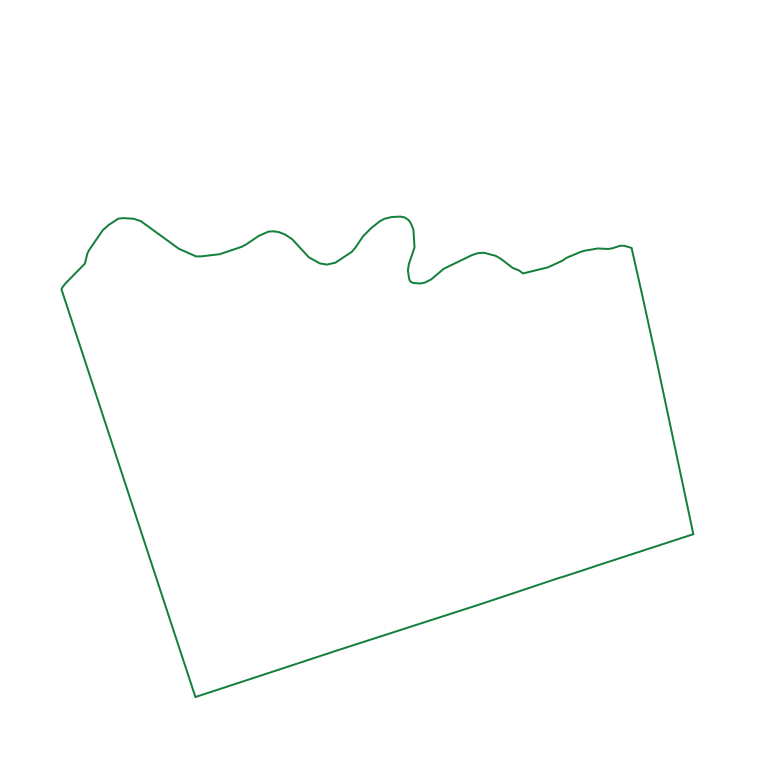 Marshall, West Virginia, United States of America (Albers equal-area conic projection), rotated 72°
{"feature_id": "52423323B69040166298082", "entity_name": "Marshall", "entity_type": "district", "adm_level": 2, "iso_a3": "USA", "parent_name": "United States of America", "parent_adm1": "West Virginia", "projection": "albers", "projection_center": [-80.751, 39.877], "detail": "fine", "context": "isolated", "style": "outline", "palette": "green", "viewbox_px": 768, "rotation_deg": 72, "n_neighbors": 0, "source": "geoboundaries", "source_scale": "gbopen_adm2", "svg_char_len": 1197}
<svg xmlns="http://www.w3.org/2000/svg" viewBox="0 0 768 768"><g transform="rotate(72 384 384)"><path d="M211.1,432.1L207.0,437.1L204.5,442.3L203.4,446.9L204.4,457.3L208.7,472.1L209.5,476.5L209.8,500.1L206.0,519.0L204.5,523.4L191.9,537.4L154.0,564.9L149.5,571.0L145.7,580.6L144.6,585.6L147.8,597.0L150.8,603.9L165.3,622.8L168.0,625.6L177.1,631.3L190.0,656.0L192.8,660.2L194.3,661.5L623.4,660.1L623.1,555.6L622.9,509.5L623.2,359.0L622.5,277.3L622.7,273.3L622.6,242.3L622.5,237.4L622.5,232.5L622.5,232.1L622.5,230.4L622.4,136.2L441.7,117.1L418.1,114.8L384.0,111.4L331.1,106.5L326.9,112.6L325.5,116.7L325.5,124.9L324.9,128.9L321.2,138.7L319.3,151.6L319.1,155.7L320.4,171.3L321.9,176.5L323.7,192.2L321.8,217.6L317.6,220.6L313.4,225.7L301.3,234.0L296.7,238.1L290.1,248.3L288.6,254.1L288.6,260.6L292.9,291.6L299.1,306.8L300.2,313.9L299.6,318.6L297.0,324.8L295.7,326.5L293.8,327.5L291.2,327.5L283.4,326.2L277.5,323.2L263.6,312.8L246.1,308.3L239.5,308.8L235.6,310.0L232.0,312.9L229.8,316.8L227.6,325.0L227.0,332.5L227.9,337.6L231.8,348.1L237.0,358.2L245.4,369.0L248.4,373.9L253.6,392.6L252.8,401.4L249.5,407.7L240.3,416.3L217.7,426.7L211.1,432.1Z" fill="none" stroke="#15803d" stroke-width="2"/></g></svg>